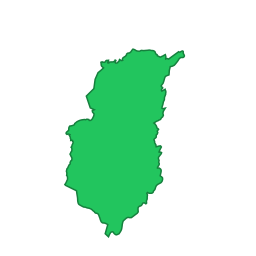 the district of Buriti dos Montes, Piauí, Brazil, rotated 42°
{"feature_id": "56859067B43813520190599", "entity_name": "Buriti dos Montes", "entity_type": "district", "adm_level": 2, "iso_a3": "BRA", "parent_name": "Brazil", "parent_adm1": "Piauí", "projection": "equal_earth", "projection_center": [-41.217, -5.12], "detail": "fine", "context": "isolated", "style": "filled", "palette": "green", "viewbox_px": 256, "rotation_deg": 42, "n_neighbors": 0, "source": "geoboundaries", "source_scale": "gbopen_adm2", "svg_char_len": 4878}
<svg xmlns="http://www.w3.org/2000/svg" viewBox="0 0 256 256"><g transform="rotate(42 128 128)"><path d="M121.7,36.7L121.1,36.3L120.2,35.9L119.5,35.7L118.8,35.3L118.3,34.6L117.7,34.1L116.8,34.4L116.3,35.5L115.9,36.8L115.3,37.3L114.6,37.4L112.0,49.7L110.7,50.1L110.2,50.6L109.8,51.5L109.3,51.0L108.9,50.2L108.2,49.5L106.6,48.5L106.3,49.3L105.9,50.5L105.6,51.5L105.1,52.4L104.7,53.6L103.9,54.0L102.5,54.3L101.5,54.7L100.5,54.0L99.8,54.2L99.1,54.3L98.4,54.0L96.8,53.2L95.6,53.4L94.7,53.8L93.6,54.7L92.5,55.3L91.7,55.8L90.6,57.1L88.7,59.1L88.0,59.9L87.2,60.5L86.4,61.1L85.9,61.5L85.5,62.5L85.0,63.5L84.2,64.0L83.5,64.5L82.9,64.8L82.1,65.1L81.2,65.2L80.5,65.4L79.9,65.6L79.3,65.8L78.8,66.3L78.9,67.3L79.0,68.4L79.2,69.4L79.0,70.2L79.0,71.1L78.4,71.7L77.6,72.8L77.5,74.1L78.1,75.0L78.0,76.6L77.6,78.0L77.3,79.0L77.6,80.3L78.1,81.1L78.7,81.2L78.4,82.0L77.5,82.6L76.5,82.6L75.9,82.7L76.1,83.5L76.7,84.5L76.4,85.4L76.6,86.4L76.1,87.3L75.5,88.0L74.6,88.0L74.2,86.8L73.8,85.9L73.0,86.1L73.3,87.2L72.8,88.7L72.1,89.5L71.4,90.1L70.7,90.8L70.1,91.6L70.3,92.5L69.6,93.1L68.9,92.8L69.0,91.7L68.2,90.7L67.7,91.5L67.1,91.7L66.6,92.7L66.8,93.8L66.7,94.8L65.9,95.3L65.4,96.1L64.5,96.1L63.9,97.3L64.8,98.0L65.5,98.7L66.5,99.5L67.3,99.7L68.5,99.7L69.6,99.7L69.3,103.1L68.7,106.9L71.0,113.8L76.3,121.6L75.7,132.2L86.5,138.3L90.7,137.0L89.9,139.1L91.0,139.9L92.3,140.1L93.3,140.2L94.4,141.8L95.0,143.7L95.5,145.9L95.1,147.4L94.2,148.3L93.2,147.9L92.6,148.3L91.6,148.9L90.9,150.3L90.1,150.7L89.1,151.8L87.9,153.3L87.2,154.4L86.7,155.4L85.9,157.3L85.6,159.3L85.4,160.3L85.8,161.1L85.8,161.9L85.4,162.7L84.6,164.1L83.4,165.6L83.6,166.6L83.9,167.4L85.4,169.4L85.3,170.2L85.3,171.1L85.1,171.9L85.2,172.8L85.8,173.6L86.9,173.6L87.6,172.5L88.6,172.0L89.3,171.8L89.3,172.8L90.2,173.0L91.2,173.4L92.0,174.2L93.1,174.7L93.8,175.6L94.5,174.8L95.1,174.4L95.8,175.0L96.5,175.0L97.2,176.0L97.6,177.1L97.8,178.0L98.4,179.0L98.6,180.4L99.6,180.5L100.5,181.3L101.1,182.0L101.7,183.0L101.7,184.1L102.1,185.0L102.3,186.0L102.8,186.5L103.6,186.6L104.2,187.0L104.8,187.2L105.7,187.5L106.5,187.9L107.2,188.7L107.8,189.9L107.5,190.9L107.8,191.6L108.2,192.6L108.8,193.0L109.1,193.9L108.9,194.8L109.2,195.7L109.4,196.6L109.9,197.7L109.9,199.1L110.3,199.8L110.7,200.6L111.2,201.4L112.0,201.9L112.8,202.5L113.6,203.5L114.2,204.4L115.1,204.4L116.0,205.1L116.9,206.0L117.6,207.0L117.9,208.2L118.4,209.6L118.7,210.8L118.9,212.3L120.0,212.4L131.7,209.1L134.2,211.2L136.2,212.8L137.4,213.8L138.4,214.8L139.3,215.7L140.4,216.6L141.7,217.4L142.7,217.6L144.0,217.4L146.5,216.8L147.7,216.5L148.4,216.1L149.2,215.4L150.4,215.0L151.3,214.6L152.5,213.8L153.4,213.4L155.0,212.9L156.0,212.8L157.1,212.9L158.0,212.8L158.9,212.7L159.8,213.0L160.5,213.0L161.1,212.8L161.8,212.3L162.8,211.9L163.7,212.0L164.8,212.4L166.0,213.1L167.2,213.7L167.8,214.0L168.5,214.5L169.5,215.0L170.8,215.6L172.4,215.6L173.1,215.2L174.2,214.3L175.8,213.7L177.6,213.3L181.8,221.8L186.3,221.9L185.5,219.6L185.0,217.4L185.2,216.5L186.0,215.4L186.9,215.3L187.9,215.6L188.6,215.7L189.9,215.6L190.7,215.3L191.2,214.6L192.1,212.6L191.7,209.9L191.3,208.4L190.9,207.4L189.7,205.5L188.2,203.4L187.1,201.4L186.7,200.4L186.7,199.5L187.1,195.9L187.8,194.4L189.4,193.4L190.5,192.3L191.5,187.1L191.9,185.2L191.7,183.5L189.5,181.4L188.7,180.2L188.8,178.4L189.5,177.6L189.8,176.4L189.3,173.9L190.1,172.7L192.0,172.4L192.1,171.4L190.5,169.9L189.8,168.0L188.1,166.0L187.4,164.9L186.7,164.4L185.7,164.0L185.6,162.9L187.1,162.5L187.8,162.0L188.8,161.1L189.5,160.2L189.7,159.1L189.1,157.5L189.2,156.2L189.0,155.3L188.0,153.2L187.6,151.6L188.0,149.5L188.7,147.7L189.1,146.4L189.0,144.9L188.3,143.3L187.6,142.5L187.1,142.0L186.3,141.8L183.9,142.0L181.9,138.4L180.8,137.1L179.6,136.7L178.0,136.9L176.7,138.0L176.2,137.3L175.7,134.4L175.0,133.5L173.8,133.0L172.7,131.2L171.6,130.8L170.8,130.1L170.2,129.2L169.9,124.8L169.4,123.8L168.3,124.1L167.8,124.8L167.1,125.1L166.3,122.9L165.5,119.8L164.2,119.5L163.3,120.4L161.5,123.1L159.9,121.8L157.8,121.2L156.6,120.0L155.2,119.5L154.9,118.6L155.2,116.2L154.5,115.2L153.7,114.4L153.8,113.1L153.5,112.2L153.2,111.5L151.8,110.8L151.6,108.5L150.6,108.4L149.5,108.6L148.3,107.8L147.4,107.4L145.4,106.9L143.9,107.0L144.5,104.6L144.8,103.7L145.5,102.4L145.7,101.4L146.2,100.6L146.4,99.5L146.1,98.4L146.1,97.5L146.3,96.6L145.8,94.9L144.1,93.7L143.2,92.2L142.9,91.0L142.4,88.3L141.0,90.3L140.0,90.6L139.1,89.3L138.3,87.4L136.8,84.9L136.2,82.9L135.8,82.2L135.2,81.6L134.5,80.6L134.0,79.2L133.4,77.7L132.7,76.9L132.3,76.2L131.3,75.2L130.5,75.1L129.7,74.4L129.3,75.3L129.0,76.5L128.5,77.9L127.8,77.8L127.0,76.8L127.1,75.3L126.6,74.7L125.2,75.0L124.4,74.4L124.2,72.4L124.1,71.2L123.2,69.1L121.6,65.9L121.4,65.1L121.5,63.9L121.9,63.0L122.9,61.1L121.7,59.5L120.2,57.6L118.3,54.1L119.4,52.7L119.9,51.7L120.4,50.3L120.4,48.5L120.2,45.3L119.7,42.3L119.8,41.4L120.1,40.3L121.7,38.8L122.0,37.7L121.7,36.7Z" fill="#22c55e" stroke="#15803d" stroke-width="1.5"/></g></svg>